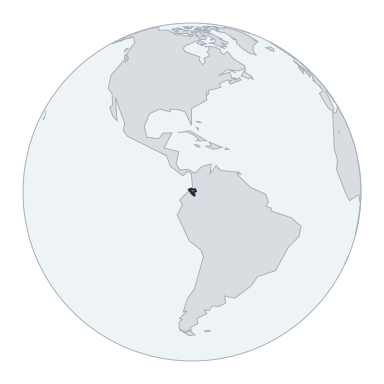 Cauca on an orthographic globe, rotated 7°
{"feature_id": "COL-1404", "entity_name": "Cauca", "entity_type": "Department", "adm_level": 1, "iso_a3": "COL", "parent_name": "Colombia", "parent_adm1": "", "projection": "orthographic", "projection_center": [-77.137, 2.145], "detail": "fine", "context": "on_globe", "style": "filled", "palette": "slate", "viewbox_px": 384, "rotation_deg": 7, "n_neighbors": 0, "source": "natural_earth", "source_scale": "10m", "svg_char_len": 9180}
<svg xmlns="http://www.w3.org/2000/svg" viewBox="0 0 384 384"><g transform="rotate(7 192 192)"><circle cx="192" cy="192" r="169" fill="#eef3f6" stroke="#a8b0b8"/><path d="M189.0,173.8L185.0,172.0L181.0,177.0L167.3,169.0L162.5,159.2L120.8,144.4L116.6,139.6L116.7,131.7L104.3,107.3L109.0,130.4L103.9,126.0L100.1,117.9L102.6,115.7L100.7,104.0L96.3,99.9L97.4,86.0L108.9,69.0L110.0,71.3L112.7,67.5L111.4,64.5L109.9,63.7L117.2,50.4L114.8,45.5L108.5,47.9L114.2,44.8L98.6,52.6L93.7,54.9L102.6,50.0L106.1,48.0L104.5,48.1L107.8,46.0L108.9,45.1L112.9,42.9L117.8,40.9L120.5,39.5L119.2,39.8L122.4,38.1L123.9,37.9L129.7,35.1L138.9,32.4L139.7,35.6L148.1,34.2L157.8,38.2L160.3,36.7L165.5,38.0L170.4,37.0L170.8,38.6L174.3,36.5L173.0,35.3L174.0,34.1L176.8,33.5L177.8,35.2L176.6,35.8L178.3,36.0L177.6,37.2L179.5,36.3L180.4,38.8L183.5,35.6L187.6,37.0L187.1,38.9L181.9,39.6L167.8,47.4L165.7,50.5L168.0,53.6L183.4,57.0L183.2,60.4L186.9,64.4L189.4,61.8L187.4,57.9L193.0,54.6L189.9,50.8L191.7,49.2L190.7,45.4L196.5,45.2L202.7,47.3L203.9,50.6L206.7,51.8L210.2,48.3L216.8,54.8L228.8,60.2L229.9,62.3L223.8,66.1L212.1,66.2L204.2,73.2L215.1,68.2L217.6,74.3L220.5,75.4L223.7,75.0L225.0,72.6L227.0,74.9L217.0,80.2L215.0,78.2L218.2,76.3L212.7,76.7L206.0,81.2L207.8,84.5L195.7,89.5L196.8,92.1L194.8,94.9L193.8,90.3L195.4,99.0L181.4,109.3L183.3,125.8L175.2,113.2L168.5,111.9L160.5,112.5L160.6,115.1L149.8,113.6L140.1,119.6L136.7,133.0L140.6,143.2L152.6,143.2L156.1,137.2L164.9,135.8L158.8,151.7L174.2,153.6L172.7,165.6L177.3,171.8L184.9,170.0L192.9,172.9L198.5,165.7L207.5,161.8L207.8,171.6L212.7,162.6L217.8,167.2L235.7,166.6L234.4,168.9L249.4,180.3L265.4,185.3L269.1,192.5L267.2,197.0L272.7,198.3L272.7,201.2L293.9,205.5L304.3,212.8L303.7,223.0L294.4,235.0L284.5,259.8L267.4,268.0L262.2,277.9L247.2,292.2L237.0,291.2L239.0,298.1L232.5,302.3L225.6,302.6L223.7,307.5L218.5,307.6L221.4,310.7L212.2,316.9L213.8,321.9L206.9,326.7L208.1,329.5L205.8,329.4L203.2,330.5L202.6,332.0L196.0,329.4L195.0,323.0L198.1,319.7L195.0,319.1L201.6,310.5L198.0,312.2L200.3,299.0L206.2,287.8L211.3,255.0L207.9,248.4L195.2,240.8L180.0,216.3L184.2,206.1L180.8,201.4L192.0,187.0L189.0,173.8ZM35.3,138.5L36.6,134.7L36.4,136.9L35.3,138.5ZM36.9,132.5L36.6,133.8L36.8,132.8L36.9,132.5ZM36.8,131.9L36.9,132.4L36.7,132.2L36.8,131.9ZM36.5,131.6L36.8,131.6L36.7,131.7L36.5,131.6ZM182.6,131.5L200.2,139.4L190.3,140.6L192.1,139.0L187.7,135.7L179.3,132.8L170.6,134.8L182.6,131.5ZM36.6,129.9L36.7,129.3L37.0,129.0L36.6,129.9ZM190.2,122.1L187.1,121.5L190.1,121.4L190.2,122.1ZM108.7,63.7L111.0,64.8L111.0,68.4L108.7,67.7L108.7,63.7ZM109.3,57.7L111.3,57.3L108.1,60.9L108.0,60.0L109.3,57.7ZM103.3,50.4L104.5,50.3L102.2,51.2L103.3,50.4ZM108.3,45.4L106.9,46.2L108.1,45.4L108.3,45.4ZM187.5,45.9L189.1,45.7L188.5,46.4L187.5,45.9ZM185.6,44.6L183.8,45.6L182.7,45.2L183.8,44.5L185.6,44.6ZM117.5,40.4L116.1,41.1L115.3,41.5L117.3,40.4L117.5,40.4ZM188.1,43.4L180.8,44.3L178.8,43.6L181.4,40.6L188.1,43.4ZM124.0,37.3L123.3,37.7L122.4,38.0L124.0,37.3ZM171.4,35.2L172.9,36.4L169.1,36.0L171.4,35.2ZM168.7,35.3L155.5,36.7L154.6,35.0L159.2,34.7L156.1,33.3L162.1,31.7L165.2,32.1L164.6,33.4L167.4,31.9L168.7,35.3ZM174.2,33.6L171.6,33.9L170.7,32.4L175.7,31.6L174.4,32.3L174.2,33.6ZM152.3,33.9L152.4,32.8L157.4,31.2L158.1,30.6L162.2,31.5L152.3,33.9ZM175.9,32.3L178.2,31.2L181.1,31.5L176.6,33.3L175.9,32.3ZM168.3,32.4L168.1,31.7L169.8,31.8L168.3,32.4ZM192.8,32.6L189.7,32.6L188.9,31.7L192.8,32.6ZM178.9,30.8L177.8,30.8L177.2,30.5L179.3,29.9L178.9,30.8ZM165.4,30.5L167.4,30.1L164.0,30.0L167.5,29.0L169.6,29.9L170.2,29.1L171.3,28.8L171.7,29.9L165.4,30.5ZM179.4,28.7L183.2,30.0L189.1,29.9L189.9,30.6L180.3,30.6L179.4,28.7ZM174.9,29.3L177.9,29.0L177.4,29.8L175.0,30.5L174.9,29.3ZM169.2,28.1L163.2,29.3L163.0,29.2L169.2,28.1ZM181.2,28.5L180.2,28.2L181.7,28.4L181.2,28.5ZM173.0,28.0L170.9,28.3L170.7,28.1L173.0,28.0ZM180.1,27.5L181.3,27.8L179.7,28.2L180.1,27.5ZM176.9,27.6L177.1,27.1L178.4,28.1L176.0,27.7L176.9,27.6ZM173.1,27.7L172.3,27.6L174.0,27.5L173.1,27.7ZM185.2,26.0L187.3,27.2L183.8,28.0L182.3,26.7L185.2,26.0ZM206.9,334.9L196.4,330.4L202.4,332.4L207.2,330.0L212.4,333.4L206.9,334.9ZM220.7,328.5L225.8,327.2L226.9,327.9L223.5,329.1L220.7,328.5ZM312.1,73.1L309.9,71.1L313.4,74.5L316.1,77.4L320.3,82.0L312.5,74.3L313.6,77.5L322.9,92.5L321.9,94.5L317.5,92.6L306.3,78.5L309.8,75.8L305.8,71.6L298.4,66.4L300.1,66.3L297.5,64.1L298.1,63.2L292.4,57.5L292.1,56.5L283.5,50.5L282.1,49.4L287.6,53.1L291.2,55.5L290.4,54.7L301.6,63.4L312.1,73.1ZM285.3,51.1L286.1,51.7L288.0,53.1L277.7,46.7L279.4,48.3L270.6,43.4L250.5,33.5L262.6,38.5L274.1,44.4L285.3,51.1ZM352.4,245.0L353.8,240.6L355.0,236.4L352.4,245.0ZM359.5,214.0L360.5,195.7L360.5,183.3L359.9,178.4L359.2,180.2L358.1,174.5L357.3,174.7L349.5,181.4L344.6,174.4L332.8,152.2L332.4,142.4L328.0,132.0L321.8,95.0L325.4,96.1L326.1,89.9L327.1,90.8L332.3,98.3L334.7,101.6L341.3,112.9L346.9,124.6L351.7,136.8L355.5,149.3L358.3,162.0L360.1,174.9L360.9,188.0L360.7,201.0L359.5,214.0ZM329.7,112.6L331.2,115.7L329.7,112.6ZM236.2,166.5L238.4,168.3L235.6,168.4L236.2,166.5ZM189.0,144.6L192.7,144.7L194.6,146.2L191.8,146.7L189.0,144.6ZM219.9,144.3L224.1,145.1L219.8,145.9L219.9,144.3ZM202.9,140.4L216.5,144.0L208.1,146.9L199.5,144.9L205.4,143.9L202.9,140.4ZM188.6,127.5L190.9,128.2L190.3,129.9L188.6,127.5ZM192.4,122.1L191.5,122.2L190.3,120.9L192.4,122.1ZM218.2,74.0L219.1,73.7L222.4,73.8L220.9,74.9L218.2,74.0ZM236.4,69.4L239.3,73.2L236.2,70.9L234.8,72.8L226.5,70.8L230.0,63.3L229.9,66.8L236.4,69.4ZM216.4,66.7L221.2,68.4L215.8,66.9L216.4,66.7ZM282.5,54.7L284.9,55.6L287.9,58.1L288.3,60.8L284.0,57.0L282.5,54.7ZM287.6,56.4L277.3,50.2L276.6,48.7L278.7,50.5L279.3,50.2L282.9,53.0L292.4,58.4L295.6,61.0L294.6,63.7L293.1,61.1L290.9,60.2L287.6,56.4ZM252.1,41.3L247.6,39.8L251.9,38.4L255.6,40.0L256.3,42.4L252.3,41.9L252.1,41.3ZM194.2,38.5L192.2,38.9L191.9,38.3L193.4,37.5L194.2,38.5ZM191.4,32.6L202.6,36.4L200.9,36.9L209.5,39.1L208.3,41.6L202.8,40.0L208.3,43.8L202.9,43.3L207.1,45.9L194.9,42.1L190.2,42.2L195.9,41.0L197.1,38.7L196.2,37.7L190.2,35.3L180.7,35.0L180.3,33.1L182.6,31.8L184.9,31.6L184.4,32.8L187.7,31.7L188.7,33.3L191.4,32.6ZM209.8,25.0L208.3,25.3L215.2,25.5L216.2,26.2L216.9,26.2L219.8,27.1L224.5,28.2L224.2,28.6L226.2,28.9L228.1,29.7L230.7,30.4L231.1,31.4L234.3,32.4L232.6,32.3L238.0,33.9L234.2,33.2L236.3,34.5L238.9,34.5L234.6,40.5L235.7,44.4L238.8,48.3L231.7,47.2L224.3,43.3L217.8,38.6L217.7,35.4L214.5,35.8L213.5,34.4L216.4,34.7L211.3,33.6L211.3,32.6L205.4,30.0L198.1,29.6L195.8,28.9L198.6,28.6L194.3,28.1L198.2,27.2L196.6,26.7L198.8,25.6L205.2,25.7L203.0,25.3L204.5,24.7L209.8,25.0ZM186.1,25.7L193.5,25.1L197.7,25.3L192.1,27.3L193.0,27.8L189.6,29.6L183.5,29.3L185.1,28.7L185.2,28.2L187.0,28.5L185.6,27.9L187.7,27.2L187.1,26.7L189.7,26.5L186.1,25.7ZM326.9,90.2L324.9,87.8L325.1,87.9L324.9,87.6L326.9,90.2ZM319.2,81.7L318.9,81.1L322.8,85.6L322.6,85.7L319.2,81.7ZM315.3,77.1L318.5,80.7L316.7,78.8L315.3,77.1ZM287.0,52.5L286.2,51.9L287.4,52.7L289.4,54.1L287.0,52.5ZM230.4,27.5L228.9,27.2L227.9,27.0L222.3,26.0L221.1,25.6L224.0,26.1L230.4,27.5ZM228.2,27.0L226.1,26.5L226.5,26.6L228.2,27.0ZM220.3,25.4L220.3,25.5L219.9,25.4L220.1,25.4L220.3,25.4Z" fill="#d9dde1" stroke="#a8b0b8" stroke-width="1"/><path d="M189.2,190.5L189.3,190.5L189.5,190.4L189.6,190.5L189.8,190.6L189.7,190.7L189.8,190.7L189.9,190.8L190.0,190.7L190.1,190.4L190.1,190.2L190.3,190.0L190.2,190.0L190.3,189.9L190.5,189.9L190.4,189.9L190.3,189.7L190.5,189.8L190.5,189.7L190.4,189.5L190.4,189.4L190.5,189.3L190.7,189.1L190.8,188.9L191.0,188.8L190.9,188.8L190.8,188.7L191.0,188.6L191.2,188.8L191.3,188.9L191.3,189.0L191.5,189.0L191.9,189.0L192.0,188.9L192.4,189.0L192.5,189.1L192.8,189.2L193.0,189.1L193.1,188.9L193.1,189.0L193.3,189.1L193.5,189.1L193.8,189.1L194.0,189.0L194.0,188.9L194.0,188.7L194.3,188.6L194.6,188.6L194.8,188.7L194.8,188.8L195.0,188.8L195.1,189.0L195.1,189.3L195.3,189.5L195.7,190.1L195.8,190.2L195.9,190.3L196.0,190.4L196.0,190.5L195.9,190.7L195.9,190.8L196.0,191.0L195.9,191.1L195.7,191.2L195.4,191.0L195.2,191.2L195.0,191.3L194.9,191.3L194.7,191.4L194.4,191.3L194.3,191.2L194.2,191.2L194.2,191.3L194.3,191.6L194.2,191.8L194.1,192.0L193.9,192.1L193.7,192.1L193.7,192.3L193.6,192.5L193.7,192.8L193.9,192.9L194.0,193.1L194.1,193.4L194.3,193.5L194.6,193.6L194.8,193.6L194.7,194.0L194.6,194.3L194.5,194.8L194.6,195.0L194.9,195.0L195.2,195.2L195.1,195.3L194.9,195.4L194.7,195.5L194.3,195.4L194.2,195.4L193.9,195.3L193.8,195.2L193.7,195.0L193.8,194.8L193.8,194.7L193.8,194.4L193.7,194.4L193.7,194.2L193.4,194.1L193.2,194.3L193.1,194.5L192.8,194.5L192.7,194.5L192.7,194.3L192.6,194.2L192.6,193.9L192.8,193.8L192.8,193.7L192.6,193.3L192.6,193.2L192.5,193.3L192.4,193.3L192.2,193.4L191.9,193.4L191.7,193.4L191.4,193.3L191.5,193.2L191.6,192.9L191.7,192.7L191.8,192.6L191.7,192.4L191.4,192.2L191.5,192.1L191.5,191.9L191.2,191.8L190.9,191.8L190.7,191.9L190.6,192.0L190.3,192.0L190.2,192.0L190.0,191.9L189.9,191.9L189.9,191.7L189.7,191.4L189.6,191.2L189.6,190.9L189.5,190.7L189.2,190.5ZM190.0,190.5L189.9,190.5L189.8,190.4L190.0,190.4L190.0,190.5L190.0,190.5ZM189.7,190.4L189.8,190.4L189.9,190.5L190.0,190.6L189.9,190.7L189.7,190.5L189.7,190.4L189.7,190.4ZM188.9,189.5L189.0,189.5L188.9,189.6L188.9,189.5Z" fill="#64748b" stroke="#1e293b" stroke-width="1.5"/></g></svg>